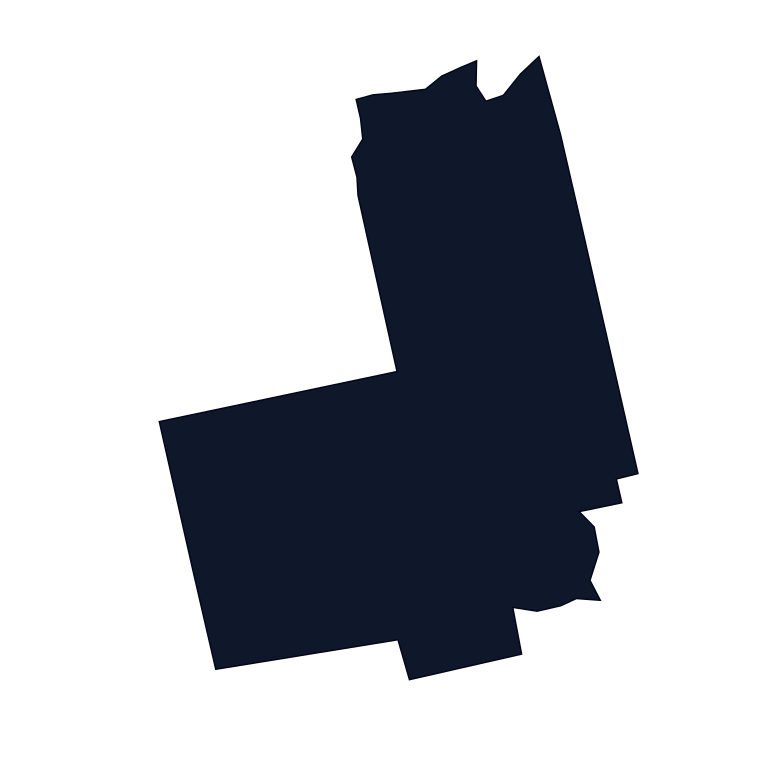 outline of Westfália, Rio Grande do Sul, Brazil, rotated 167°
{"feature_id": "56859067B19454431419247", "entity_name": "Westfália", "entity_type": "district", "adm_level": 2, "iso_a3": "BRA", "parent_name": "Brazil", "parent_adm1": "Rio Grande do Sul", "projection": "orthographic", "projection_center": [-51.754, -29.413], "detail": "fine", "context": "isolated", "style": "filled", "palette": "ink", "viewbox_px": 768, "rotation_deg": 167, "n_neighbors": 0, "source": "geoboundaries", "source_scale": "gbopen_adm2", "svg_char_len": 648}
<svg xmlns="http://www.w3.org/2000/svg" viewBox="0 0 768 768"><g transform="rotate(167 384 384)"><path d="M425.7,90.2L310.7,89.9L308.8,137.4L285.9,128.2L261.5,128.2L244.8,131.7L221.9,124.6L227.5,146.3L212.4,171.8L211.4,197.4L222.6,215.8L179.0,214.8L179.0,239.2L156.7,239.6L155.9,491.5L155.9,567.1L155.9,587.3L159.3,668.2L181.2,655.4L202.8,638.4L221.1,636.6L227.3,653.7L221.1,678.1L237.4,675.3L258.5,671.0L277.3,661.8L312.2,665.7L329.5,668.2L347.1,667.5L347.1,648.0L349.6,627.4L364.4,612.5L363.8,591.6L366.9,573.5L368.5,393.2L611.4,397.9L612.1,248.5L612.1,143.9L427.9,131.7L425.7,90.2Z" fill="#0f172a" stroke="#020617" stroke-width="1.5"/></g></svg>